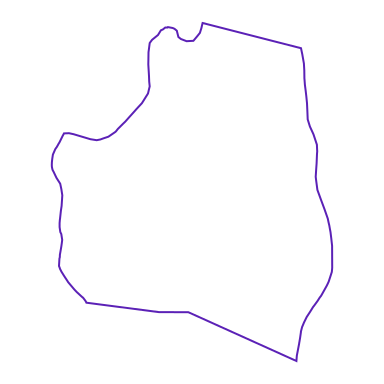 the district of La Haut, Laborie, Saint Lucia
{"feature_id": "8701671B91946398565623", "entity_name": "La Haut", "entity_type": "district", "adm_level": 2, "iso_a3": "LCA", "parent_name": "Saint Lucia", "parent_adm1": "Laborie", "projection": "mercator", "projection_center": [-61.001, 13.792], "detail": "fine", "context": "isolated", "style": "outline", "palette": "violet", "viewbox_px": 384, "rotation_deg": 0, "n_neighbors": 0, "source": "geoboundaries", "source_scale": "gbopen_adm2", "svg_char_len": 2234}
<svg xmlns="http://www.w3.org/2000/svg" viewBox="0 0 384 384"><path d="M167.9,27.1L167.5,27.5L165.3,27.5L162.8,29.5L161.6,30.0L160.9,30.3L158.0,35.0L152.1,39.8L150.3,42.2L149.7,43.1L149.6,43.9L148.5,52.3L148.4,59.5L148.3,64.3L149.0,76.1L149.2,81.6L149.7,86.4L149.2,88.4L148.0,93.5L141.9,103.2L136.8,108.7L133.7,112.2L129.1,117.3L125.2,121.7L122.9,123.9L117.9,128.9L116.0,131.3L115.4,131.9L108.4,136.7L103.3,138.4L100.3,139.5L99.7,139.6L96.7,140.2L90.4,139.2L73.6,134.2L69.0,133.2L64.0,133.4L63.7,134.0L62.6,136.0L60.2,140.9L59.3,142.7L59.0,143.1L58.7,143.6L58.4,144.1L58.1,144.7L56.6,147.3L56.2,147.8L55.3,149.1L52.9,154.6L52.4,157.9L52.3,158.5L51.9,162.1L51.8,164.7L51.8,165.2L51.9,166.9L52.4,169.3L52.7,170.2L53.5,171.6L55.3,175.4L56.5,177.9L60.2,183.7L60.5,185.1L61.4,189.4L62.3,195.3L62.1,198.5L61.6,206.0L60.9,210.7L60.0,219.0L59.9,219.5L59.6,223.0L59.6,224.9L59.6,227.1L60.3,232.0L61.3,234.1L62.2,239.9L61.8,243.1L61.3,246.6L60.4,251.9L59.9,254.7L59.8,257.2L59.4,258.8L59.4,259.1L59.2,262.6L59.0,266.0L59.7,267.8L60.0,268.8L61.4,271.6L63.9,275.6L65.0,277.3L67.7,281.4L68.1,282.1L74.0,289.1L74.9,290.1L76.9,292.2L77.8,293.0L80.6,295.6L82.7,297.5L83.0,297.6L85.1,300.4L85.5,301.0L85.8,301.4L86.4,302.7L109.5,305.7L158.8,312.1L181.4,312.2L188.3,312.2L296.4,361.0L296.8,356.1L296.8,355.8L298.0,349.6L299.1,343.8L299.3,342.4L299.4,342.0L300.1,337.8L300.9,332.3L300.9,331.7L302.1,327.0L302.8,325.4L304.0,322.5L306.7,317.0L310.1,311.8L313.0,307.1L314.4,305.3L317.6,300.9L319.2,298.4L319.7,297.6L321.1,295.8L322.3,293.7L326.6,286.0L327.6,284.0L328.7,281.6L330.2,277.0L331.8,272.0L332.1,269.1L332.2,267.6L332.1,245.9L331.3,238.6L330.5,232.1L329.9,228.9L329.3,225.5L328.5,222.1L327.8,218.7L324.5,209.2L321.0,199.8L317.4,189.9L316.1,180.1L315.7,176.8L315.9,173.8L316.1,170.5L316.6,163.4L317.0,153.8L317.2,151.6L317.2,151.1L317.1,149.5L316.9,144.7L313.5,134.4L313.1,133.5L309.9,126.5L309.0,123.6L307.7,119.4L307.4,111.9L307.0,103.2L306.3,96.2L305.7,91.0L304.9,84.8L304.5,79.4L304.4,78.4L304.3,70.5L303.9,63.5L302.3,54.4L301.0,48.2L202.6,23.0L202.1,25.0L201.4,28.1L199.9,32.9L197.1,36.4L193.4,40.8L186.6,41.2L180.9,39.0L178.4,37.0L177.2,32.3L176.8,30.7L174.5,28.8L172.7,28.0L167.9,27.1Z" fill="none" stroke="#5b21b6" stroke-width="2"/></svg>